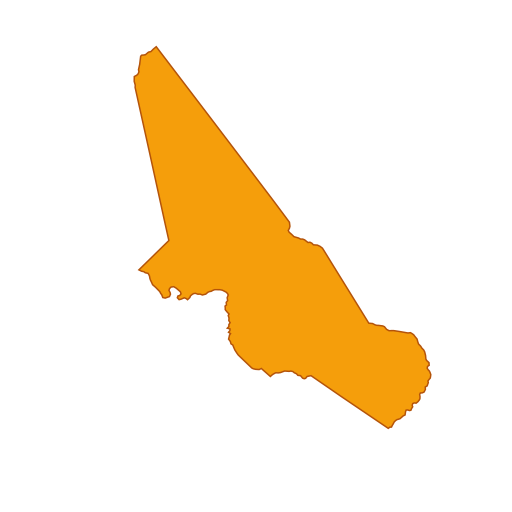 São Félix de Balsas, Maranhão, Brazil (Natural Earth projection), rotated 131°
{"feature_id": "56859067B7509137190866", "entity_name": "São Félix de Balsas", "entity_type": "district", "adm_level": 2, "iso_a3": "BRA", "parent_name": "Brazil", "parent_adm1": "Maranhão", "projection": "natural_earth1", "projection_center": [-44.839, -7.108], "detail": "fine", "context": "isolated", "style": "filled", "palette": "amber", "viewbox_px": 512, "rotation_deg": 131, "n_neighbors": 0, "source": "geoboundaries", "source_scale": "gbopen_adm2", "svg_char_len": 2888}
<svg xmlns="http://www.w3.org/2000/svg" viewBox="0 0 512 512"><g transform="rotate(131 256 256)"><path d="M342.9,184.1L341.8,182.0L339.6,179.1L337.4,178.2L337.5,166.1L335.6,165.9L333.8,165.5L331.2,164.5L329.7,162.6L328.0,161.1L324.0,158.9L321.4,155.4L319.9,154.1L319.0,152.3L319.0,150.5L318.3,148.2L318.6,146.1L317.1,143.9L317.6,140.7L317.0,139.1L315.8,138.3L313.4,138.4L311.9,137.3L310.2,135.9L306.1,99.4L299.3,43.1L297.4,42.7L296.2,41.5L294.5,42.0L292.6,42.3L290.7,42.8L288.7,42.7L287.1,42.3L285.7,41.4L284.4,40.6L282.4,40.3L280.0,40.0L278.2,39.2L276.6,40.2L275.4,41.0L273.8,41.6L272.6,40.4L272.0,38.8L270.8,37.9L269.0,38.5L267.0,38.8L266.2,40.2L264.5,40.9L263.1,40.2L262.0,38.6L259.7,38.2L257.6,38.3L256.3,38.6L254.5,40.0L253.1,41.7L251.6,42.1L250.2,40.7L248.4,39.9L245.6,40.6L243.8,42.3L241.7,41.6L240.1,42.3L238.5,42.9L237.6,44.2L235.7,44.4L233.8,44.4L232.3,45.3L230.8,46.3L229.8,48.1L229.1,49.6L228.9,51.5L228.4,53.2L226.8,54.1L224.9,53.6L223.0,55.5L222.9,58.5L222.4,60.1L219.8,62.8L217.7,65.8L216.9,67.8L216.7,70.4L216.0,72.7L215.8,75.5L214.7,77.5L213.0,80.0L212.5,83.1L212.0,85.4L212.2,87.3L212.5,89.1L214.4,90.8L219.1,98.6L222.1,103.3L225.1,106.6L225.7,109.3L225.1,112.6L225.6,114.4L227.9,117.9L229.1,119.4L229.8,120.8L230.5,123.7L232.7,126.8L212.5,191.8L208.0,206.1L206.5,211.0L206.7,214.0L207.5,216.8L209.9,220.0L209.7,222.2L210.2,224.3L211.7,225.6L211.8,227.4L211.9,229.9L212.6,231.9L214.0,233.5L214.5,235.7L216.5,240.0L216.3,243.4L216.3,246.6L215.6,248.4L213.1,249.0L211.3,249.9L208.6,252.9L202.7,279.9L196.3,310.5L189.8,341.7L182.2,378.2L163.5,468.6L167.1,469.2L170.6,469.4L172.7,470.9L176.6,471.5L178.1,472.7L179.4,474.0L180.9,474.1L187.7,469.5L192.5,466.9L193.8,465.2L195.8,464.5L197.8,464.6L200.4,465.6L204.1,462.5L206.2,459.3L208.1,457.8L247.8,404.2L291.9,344.9L301.5,331.9L343.3,335.3L342.6,332.5L341.4,330.3L341.3,328.6L339.9,326.0L340.9,323.4L342.5,321.4L343.3,320.1L344.6,317.1L345.5,315.2L345.5,311.2L346.0,305.3L346.8,303.3L347.1,301.7L348.5,299.1L347.3,296.9L343.4,294.7L340.9,295.5L339.9,296.9L339.0,299.2L337.2,299.9L335.1,299.7L333.1,297.9L332.6,295.0L332.6,289.6L333.8,287.7L335.9,287.7L337.4,288.7L339.1,288.0L339.4,285.4L337.7,284.2L334.6,282.7L333.9,280.6L333.9,279.0L330.8,278.7L328.9,279.3L326.6,278.9L325.1,278.3L323.9,277.2L323.0,274.9L321.4,273.1L320.6,270.9L317.7,268.9L314.9,268.5L313.4,267.8L312.1,266.7L310.2,266.0L308.5,265.1L305.1,261.1L303.9,259.0L302.9,255.0L303.0,253.0L303.6,251.4L306.4,250.4L308.3,248.1L310.5,248.1L312.4,246.1L314.1,246.5L315.3,245.2L316.7,244.0L317.2,241.1L317.5,238.3L319.2,237.9L320.4,235.8L322.6,234.1L323.3,231.8L325.5,231.5L327.1,230.2L329.3,230.3L328.1,227.7L329.5,226.7L331.6,226.7L331.3,224.3L333.1,224.1L334.7,223.2L336.7,222.2L337.4,219.2L338.7,217.3L338.4,215.1L339.3,213.4L340.8,210.3L341.9,206.5L342.4,204.3L343.2,187.4L343.3,185.8L342.9,184.1Z" fill="#f59e0b" stroke="#b45309" stroke-width="1.5"/></g></svg>